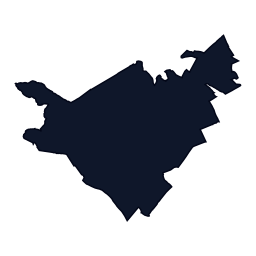 Sulita, Botosani, Romania (Natural Earth projection)
{"feature_id": "2599482B5546684952398", "entity_name": "Sulita", "entity_type": "district", "adm_level": 2, "iso_a3": "ROU", "parent_name": "Romania", "parent_adm1": "Botosani", "projection": "natural_earth1", "projection_center": [26.901, 47.647], "detail": "fine", "context": "isolated", "style": "filled", "palette": "ink", "viewbox_px": 256, "rotation_deg": 0, "n_neighbors": 0, "source": "geoboundaries", "source_scale": "gbopen_adm2", "svg_char_len": 5612}
<svg xmlns="http://www.w3.org/2000/svg" viewBox="0 0 256 256"><path d="M153.0,208.8L153.6,208.4L156.9,204.3L157.7,202.5L159.4,200.8L160.6,199.1L166.1,192.2L169.1,189.2L171.7,186.8L170.9,185.7L169.4,184.2L168.0,183.3L167.0,182.4L166.7,181.8L165.2,180.7L164.3,179.8L163.5,177.6L163.0,175.7L163.3,174.6L163.1,174.5L163.0,172.6L165.0,172.0L170.6,169.9L174.0,167.4L175.6,167.0L176.7,166.9L178.2,167.2L183.8,159.6L186.1,156.3L188.7,152.3L192.5,147.0L194.1,146.1L200.2,143.7L204.6,142.0L205.9,141.8L200.1,129.4L211.3,124.8L212.2,124.4L212.7,124.5L213.1,123.9L214.8,123.2L216.3,122.9L217.0,122.1L217.5,121.8L218.2,121.6L219.0,121.7L218.7,120.9L218.3,120.4L217.9,119.2L216.0,115.7L215.0,113.4L213.9,109.9L213.2,108.6L211.9,105.9L209.0,101.1L211.1,100.0L216.2,96.7L215.6,96.5L214.9,95.8L213.0,93.6L213.0,93.4L214.2,92.7L213.2,92.1L212.2,90.7L210.1,88.7L209.8,88.1L205.2,84.5L206.6,83.6L207.0,83.6L207.6,83.8L208.9,84.5L209.4,85.2L211.8,86.0L214.4,87.6L215.2,87.9L217.2,89.3L218.3,89.8L219.8,91.0L221.7,91.8L223.3,92.1L223.8,92.7L225.4,94.0L231.8,90.6L235.0,88.7L238.5,86.8L240.3,85.7L240.6,85.3L240.4,84.8L239.9,84.5L237.7,84.3L237.1,84.3L236.6,84.5L235.5,83.6L232.2,80.3L231.2,79.7L234.6,78.0L236.3,79.0L236.8,78.8L238.0,77.8L237.4,76.5L236.4,74.1L234.9,72.3L234.6,72.1L234.4,72.2L233.8,71.7L233.6,71.6L233.0,71.6L232.1,72.1L231.8,71.7L231.6,71.2L231.8,70.3L231.5,69.6L231.3,68.0L231.0,67.4L231.5,67.0L231.5,66.7L231.2,65.9L231.7,65.1L231.6,64.2L231.4,64.0L238.4,60.9L232.5,57.6L231.4,56.4L233.5,55.2L228.1,47.0L228.1,46.2L228.3,46.2L228.0,45.6L227.7,44.7L226.6,42.9L226.1,41.6L223.5,35.4L222.2,36.4L221.1,37.7L220.6,38.1L220.3,38.2L217.1,41.0L216.0,42.3L213.4,44.3L209.7,47.6L203.9,53.2L203.4,52.7L200.8,51.8L198.0,51.4L196.5,51.4L194.5,51.0L193.3,52.8L191.6,51.8L189.8,51.8L187.0,50.5L181.2,56.2L181.3,57.6L182.2,57.9L185.1,57.0L190.6,56.2L192.2,56.3L195.4,57.6L197.2,58.1L189.6,72.1L188.4,71.4L186.5,69.7L184.9,71.3L182.2,76.6L182.4,77.2L182.1,77.7L178.9,76.4L176.0,74.9L173.2,71.4L172.2,70.8L171.3,71.3L170.0,69.8L166.8,70.3L165.4,71.2L164.9,71.6L165.2,71.9L166.6,72.8L166.5,73.2L167.5,76.3L168.6,78.4L165.8,81.1L165.2,80.5L164.3,80.6L163.9,80.5L163.3,80.1L162.5,79.1L162.0,79.0L161.4,78.7L160.7,77.7L161.0,77.0L161.0,76.8L160.3,75.9L160.2,75.6L159.7,75.2L159.1,75.4L158.4,75.7L156.8,77.4L156.9,78.0L156.5,78.5L156.8,78.7L156.9,78.9L156.7,79.2L156.7,79.4L156.6,79.7L156.8,79.9L156.8,80.1L156.8,81.7L156.4,82.0L156.1,82.9L155.6,83.9L154.5,85.3L154.0,84.7L153.1,82.9L152.8,80.0L152.4,78.7L151.9,77.8L151.4,77.4L148.4,73.6L147.9,73.3L146.0,71.3L145.5,71.2L144.1,71.3L142.9,70.7L142.7,70.1L142.9,69.3L142.8,68.4L142.1,65.8L142.1,62.7L141.9,62.2L140.8,61.5L138.5,61.1L137.0,61.4L136.8,61.8L136.8,62.8L136.5,63.3L135.6,64.5L134.6,64.5L133.9,64.7L133.5,64.6L133.3,64.2L132.8,64.5L132.3,65.0L131.1,65.5L129.7,66.3L129.2,66.9L118.4,73.2L117.1,74.3L114.3,76.0L90.5,90.0L90.4,89.7L79.4,97.9L76.7,99.4L75.2,100.4L71.1,102.6L69.7,102.2L68.6,101.4L67.8,101.4L66.8,101.1L65.7,100.1L63.2,99.1L62.2,98.5L61.8,98.0L61.2,97.8L59.5,96.4L57.5,95.3L56.4,94.9L56.1,94.4L55.1,93.7L54.5,93.4L53.9,93.6L53.5,93.5L53.2,93.0L52.7,92.6L52.7,92.3L52.3,91.7L50.4,90.7L49.9,90.6L48.8,89.7L48.2,89.5L46.2,88.1L45.6,87.2L45.2,86.9L44.6,85.8L44.6,85.5L44.3,85.1L43.6,84.5L41.3,83.2L39.1,83.1L38.9,82.8L38.1,82.8L37.2,82.9L36.1,82.3L35.8,81.8L32.8,80.9L31.3,81.4L29.3,82.7L27.8,83.3L27.4,83.3L26.3,82.8L25.5,82.9L25.1,82.6L22.5,83.1L20.6,82.8L20.2,83.0L19.2,83.0L17.5,83.9L16.9,83.8L16.0,83.3L15.4,83.6L15.5,83.8L16.4,84.3L16.6,84.5L16.2,84.9L16.0,85.4L16.7,86.6L17.6,87.3L18.4,87.5L18.4,88.0L17.9,88.2L17.9,88.5L18.6,89.2L19.4,89.6L19.9,90.2L20.5,90.2L20.9,90.5L22.3,92.0L22.8,93.4L23.9,94.6L26.6,96.4L28.4,97.0L29.1,97.4L30.0,97.3L31.4,96.6L32.3,96.8L34.2,98.2L35.1,98.4L35.6,99.1L36.2,101.6L36.4,101.6L36.4,101.9L37.6,102.8L37.8,103.4L37.8,104.5L38.1,104.9L38.8,105.1L39.4,105.0L39.6,105.2L41.0,105.1L41.8,104.9L41.6,104.5L43.4,104.0L43.5,103.9L44.4,103.7L45.6,103.8L45.8,103.7L46.5,103.9L46.7,103.7L47.5,104.0L48.4,104.4L48.4,105.0L47.9,105.3L47.3,106.6L46.6,107.3L46.1,108.3L45.3,108.8L44.9,109.5L44.7,110.7L44.5,111.2L44.9,112.8L44.2,113.5L44.1,114.3L44.3,115.0L44.1,116.0L45.0,117.6L46.4,118.5L45.0,121.0L44.8,122.1L45.1,122.7L45.1,123.0L44.2,125.1L43.1,126.0L41.7,127.7L40.5,129.0L41.1,129.8L41.1,130.8L40.9,130.9L38.2,129.6L36.7,129.3L35.3,129.2L35.1,129.1L34.9,128.6L33.4,129.1L32.2,129.0L31.6,129.2L30.9,129.0L30.7,129.2L29.0,129.3L28.1,129.4L27.5,129.9L26.8,130.0L26.4,130.5L25.7,130.9L25.5,131.5L25.7,132.0L25.5,132.6L25.5,133.0L24.8,133.4L24.5,133.9L23.8,134.5L23.9,134.8L23.5,135.8L23.4,136.7L24.0,138.1L24.2,138.4L32.5,142.5L33.0,143.1L33.3,144.1L33.5,143.8L33.6,143.1L34.6,142.4L35.5,143.2L37.4,146.5L37.1,147.1L39.3,150.4L52.4,152.3L53.8,152.7L54.1,152.6L54.8,152.7L55.1,152.4L55.3,152.7L56.6,153.4L57.3,153.4L57.9,153.1L58.3,153.4L59.6,153.3L61.2,153.6L62.3,153.5L65.1,153.9L65.9,154.1L66.9,154.6L67.6,155.8L74.0,165.9L75.1,165.4L81.7,174.6L83.6,175.5L83.6,175.9L83.8,176.7L84.2,177.4L84.3,177.9L84.0,178.2L82.8,180.4L83.4,181.1L86.1,183.6L87.0,184.2L88.0,184.5L91.5,186.3L95.1,187.9L98.0,188.7L99.5,189.0L102.3,190.2L105.4,192.8L107.3,194.1L109.7,196.3L111.7,198.5L112.0,198.9L113.1,201.0L115.9,204.5L117.0,206.2L118.9,208.4L121.7,211.3L122.6,212.6L124.8,216.0L127.2,220.6L138.3,207.3L139.1,207.6L139.7,208.2L140.6,209.5L141.0,210.2L141.4,211.5L141.4,212.0L141.2,212.6L141.2,212.8L141.6,212.9L142.1,212.8L142.6,213.6L144.8,215.1L148.0,216.1L148.9,216.0L149.2,215.9L149.1,215.4L148.9,215.1L148.7,214.5L150.0,212.8L150.3,212.6L150.6,211.8L152.2,209.8L152.7,209.6L153.0,208.8Z" fill="#0f172a" stroke="#020617" stroke-width="1.5"/></svg>